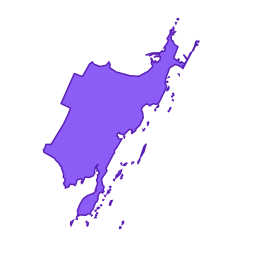 Akraneskaupstaður, Vesturland, Iceland, rotated 168°
{"feature_id": "244011B30892314657027", "entity_name": "Akraneskaupstaður", "entity_type": "district", "adm_level": 2, "iso_a3": "ISL", "parent_name": "Iceland", "parent_adm1": "Vesturland", "projection": "mercator", "projection_center": [-22.054, 64.332], "detail": "fine", "context": "isolated", "style": "filled", "palette": "violet", "viewbox_px": 256, "rotation_deg": 168, "n_neighbors": 0, "source": "geoboundaries", "source_scale": "gbopen_adm2", "svg_char_len": 5814}
<svg xmlns="http://www.w3.org/2000/svg" viewBox="0 0 256 256"><g transform="rotate(168 128 128)"><path d="M192.3,83.0L191.2,83.1L188.5,87.9L184.1,88.0L183.6,86.6L185.1,84.6L184.8,83.4L183.8,83.9L180.4,88.8L175.8,87.7L172.3,88.4L169.7,91.0L169.9,92.5L168.0,96.5L164.5,99.1L167.3,95.7L166.7,94.3L167.4,92.6L166.0,92.5L165.1,90.3L165.9,90.1L166.2,88.7L167.6,88.5L167.8,86.3L169.6,83.5L169.3,80.3L169.6,79.4L171.6,76.4L171.7,75.3L172.9,74.4L172.0,73.5L175.0,71.4L182.0,70.2L186.4,68.2L190.7,63.6L194.6,57.8L194.9,54.1L196.4,51.8L193.1,53.0L187.5,51.4L185.0,52.2L182.7,51.7L181.5,54.3L179.3,55.7L175.2,61.9L173.6,62.5L171.9,65.3L172.2,65.4L171.1,68.3L169.9,69.9L167.7,71.1L166.6,69.7L164.7,70.9L165.3,72.3L165.2,73.3L164.6,73.5L163.6,75.5L164.5,77.0L164.7,78.9L164.7,82.1L164.1,84.1L157.8,90.1L157.5,90.8L158.0,93.0L147.9,105.3L146.5,106.1L146.0,109.0L143.7,110.6L136.3,118.6L139.1,119.2L139.5,121.4L140.5,122.3L139.4,124.7L137.2,125.3L137.2,124.3L133.5,122.0L127.1,126.4L124.1,124.9L125.3,123.3L125.6,122.2L125.3,121.8L121.1,123.8L120.3,125.5L116.0,128.2L111.0,134.8L110.5,140.6L111.3,142.6L109.9,145.3L105.7,147.6L103.6,147.2L102.2,145.2L98.3,146.5L95.0,145.2L92.7,146.1L82.0,159.5L81.5,161.6L82.6,163.3L80.8,168.6L74.8,178.1L69.0,180.2L66.2,179.1L63.2,176.5L60.8,177.3L62.3,174.9L62.0,174.7L49.8,189.1L51.4,188.4L55.4,182.9L58.5,188.4L56.1,182.2L58.7,179.6L60.1,179.8L62.1,181.8L63.0,180.7L64.0,181.4L65.1,183.0L63.8,184.2L64.1,185.0L65.9,183.7L68.1,186.2L68.6,187.1L67.1,189.8L62.2,197.1L65.3,200.1L65.9,203.6L67.3,205.1L66.8,208.6L65.2,210.3L66.5,212.1L71.3,207.2L70.7,206.7L70.4,205.3L71.5,203.4L76.1,199.0L75.0,199.0L74.9,197.9L76.6,195.6L78.2,195.6L78.5,196.4L81.2,194.9L88.3,196.3L95.7,195.7L92.1,195.4L91.7,194.1L87.7,195.2L82.0,193.6L82.9,191.9L86.1,192.7L87.9,191.6L86.0,192.2L81.5,191.1L82.3,188.1L85.9,186.0L87.9,188.6L87.4,186.8L89.3,186.5L90.5,191.3L91.1,191.2L90.9,188.6L91.8,186.8L90.9,183.0L96.5,179.3L106.8,176.3L115.1,178.7L128.1,185.4L133.1,190.6L133.2,192.3L132.2,193.6L132.9,196.5L136.4,193.9L142.7,194.0L148.0,197.5L149.2,200.0L152.3,198.6L161.9,187.8L169.2,192.4L188.4,165.8L180.1,159.4L183.6,153.9L190.3,145.2L206.5,128.0L211.6,129.0L213.9,125.2L215.2,124.4L215.3,121.9L206.0,113.5L205.3,111.4L203.1,108.3L202.0,104.9L201.1,104.0L201.4,102.5L200.5,96.5L201.5,93.5L200.0,90.9L201.3,88.4L202.4,87.7L202.3,85.4L201.3,84.6L201.7,82.3L198.1,82.8L196.7,85.1L192.5,83.9L192.3,83.0ZM113.5,108.8L116.3,106.4L122.1,96.5L117.5,101.3L113.5,108.8ZM143.1,88.1L145.7,87.4L147.3,85.2L149.3,84.3L150.3,81.7L145.3,84.5L143.1,88.1ZM43.7,198.3L45.6,194.5L49.0,189.8L48.0,190.2L42.7,197.8L42.8,198.7L43.7,198.3ZM159.9,60.4L161.7,57.7L162.1,56.5L161.4,56.2L158.6,60.3L159.9,60.4ZM200.9,48.9L203.6,47.8L204.1,46.1L203.9,44.6L200.9,48.9ZM140.3,92.7L138.7,91.9L136.6,93.8L137.1,94.1L140.3,92.7ZM65.8,214.2L66.8,212.6L66.1,212.3L64.3,214.5L64.9,215.4L66.4,214.4L65.8,214.2ZM79.6,159.7L82.1,156.8L82.0,156.4L80.4,157.2L79.5,158.9L79.6,159.7ZM152.8,37.6L153.6,35.1L152.4,35.7L151.8,37.5L152.8,37.6ZM187.9,42.7L188.4,41.5L188.2,40.7L187.5,41.0L186.7,43.2L187.9,42.7ZM95.7,142.1L94.2,142.2L93.3,143.4L93.4,144.0L95.7,142.1ZM124.7,93.6L125.6,91.9L125.5,91.4L123.7,93.5L124.7,93.6ZM83.1,138.4L83.6,136.7L81.9,138.8L82.0,139.0L83.1,138.4ZM156.3,33.1L157.1,31.6L156.6,31.4L155.5,32.2L156.3,33.1ZM131.1,93.5L131.5,92.5L129.7,93.1L129.9,93.7L131.1,93.5ZM79.2,165.7L80.9,164.6L79.9,164.4L79.2,165.7ZM57.3,224.3L56.8,223.4L55.8,223.8L56.2,224.6L57.3,224.3ZM158.2,74.3L157.7,73.4L157.0,73.9L157.5,74.6L158.2,74.3ZM63.2,216.5L62.9,215.6L62.3,215.9L62.7,217.1L63.2,216.5ZM152.9,80.1L152.3,79.6L151.9,80.6L152.3,80.8L152.9,80.1ZM188.5,44.8L188.0,44.0L187.6,45.0L188.1,45.3L188.5,44.8ZM167.3,63.1L167.7,61.9L166.8,62.9L167.3,63.1ZM76.7,169.9L77.9,169.0L77.4,169.0L76.7,169.9ZM43.7,194.6L42.6,194.6L42.5,195.2L42.9,195.4L43.7,194.6ZM178.3,47.8L178.9,47.1L177.9,47.1L178.3,47.8ZM133.9,120.0L133.6,119.3L133.0,120.4L133.2,120.7L133.9,120.0ZM59.5,221.2L59.4,220.2L58.8,221.0L59.5,221.2ZM98.0,140.2L97.8,139.4L97.1,139.8L97.6,140.5L98.0,140.2ZM107.4,129.3L107.3,128.4L106.6,128.8L107.0,129.6L107.4,129.3ZM176.4,51.2L176.4,50.5L175.6,50.7L175.6,51.3L176.4,51.2ZM41.6,197.9L41.1,197.4L40.7,198.2L41.1,198.4L41.6,197.9ZM174.6,56.1L175.0,55.2L174.1,55.3L174.6,56.1ZM111.2,124.2L112.1,123.6L112.4,123.2L111.2,124.2ZM77.1,152.3L76.7,151.6L76.2,151.8L76.7,152.6L77.1,152.3ZM170.8,58.1L170.0,57.6L169.8,58.1L170.3,58.4L170.8,58.1ZM158.8,71.4L158.5,70.7L157.9,71.2L158.3,71.7L158.8,71.4ZM123.4,95.0L123.2,94.4L122.6,95.4L122.9,95.6L123.4,95.0ZM173.5,56.3L173.3,55.7L172.6,55.9L173.0,56.6L173.5,56.3ZM113.5,123.1L113.7,122.2L113.0,122.4L113.5,123.1ZM78.7,149.6L78.1,149.3L77.7,149.9L78.4,150.1L78.7,149.6ZM182.1,50.2L181.9,49.7L181.2,50.1L181.8,50.5L182.1,50.2ZM160.1,69.3L160.5,68.6L159.8,68.8L160.1,69.3ZM197.4,49.6L196.7,49.3L196.5,50.0L196.9,50.2L197.4,49.6ZM64.2,212.0L63.9,211.6L63.3,211.8L63.7,212.4L64.2,212.0ZM161.3,69.4L161.8,68.4L160.9,69.0L161.3,69.4ZM142.2,95.0L142.1,94.0L141.5,94.5L141.9,95.1L142.2,95.0ZM63.8,214.9L63.2,214.3L62.9,214.5L63.1,215.0L63.8,214.9ZM177.4,53.5L176.8,53.4L176.5,53.8L177.0,54.3L177.4,53.5ZM160.5,70.8L160.9,70.2L160.1,70.2L160.5,70.8ZM78.7,146.0L78.1,145.5L77.9,146.0L78.4,146.4L78.7,146.0ZM144.6,81.9L144.2,81.1L144.0,81.8L144.2,82.0L144.6,81.9ZM143.7,83.2L143.4,82.7L143.0,83.0L143.2,83.6L143.7,83.2ZM64.4,210.8L63.9,210.1L63.7,210.7L64.0,211.1L64.4,210.8ZM177.6,49.4L177.8,48.5L177.1,48.9L177.6,49.4ZM62.1,212.6L62.3,211.9L61.6,212.2L62.1,212.6ZM67.3,170.1L66.9,169.2L66.7,169.9L67.3,170.1ZM145.5,80.3L145.4,79.8L144.8,80.1L145.0,80.6L145.5,80.3ZM108.0,127.7L108.1,126.8L107.6,127.0L108.0,127.7ZM76.7,151.2L77.1,150.5L76.5,150.6L76.7,151.2ZM164.8,66.8L164.6,66.0L164.2,66.5L164.8,66.8ZM85.1,136.2L84.9,135.7L84.4,135.9L84.6,136.5L85.1,136.2Z" fill="#8b5cf6" stroke="#5b21b6" stroke-width="1.5"/></g></svg>